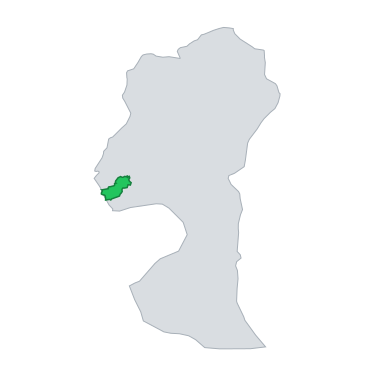 location of Alojas within Latvia, rotated 265°
{"feature_id": "LVA-5755", "entity_name": "Alojas", "entity_type": "Municipality", "adm_level": 1, "iso_a3": "LVA", "parent_name": "Latvia", "parent_adm1": "", "projection": "albers", "projection_center": [24.909, 57.802], "detail": "fine", "context": "in_parent", "style": "filled", "palette": "green", "viewbox_px": 384, "rotation_deg": 265, "n_neighbors": 0, "source": "natural_earth", "source_scale": "10m", "svg_char_len": 2802}
<svg xmlns="http://www.w3.org/2000/svg" viewBox="0 0 384 384"><g transform="rotate(265 192 192)"><path d="M282.2,288.3L279.9,287.9L273.4,285.5L267.9,281.9L264.5,277.0L258.8,270.2L255.0,266.8L249.2,262.5L239.5,253.7L235.9,251.7L218.9,247.9L212.7,246.2L207.0,236.1L205.2,230.2L202.4,229.2L199.4,230.4L196.1,231.6L188.4,238.4L185.9,239.4L181.2,239.4L170.1,240.8L165.1,238.3L156.4,235.4L151.6,234.9L147.4,234.9L128.8,231.8L125.3,234.6L121.9,235.1L118.7,230.4L114.6,229.0L109.9,230.4L101.6,230.3L91.8,228.5L79.3,226.9L77.4,227.3L63.1,232.7L59.6,233.5L43.9,242.9L31.3,251.8L30.8,236.5L33.3,206.1L35.9,191.1L44.6,182.7L49.1,176.1L51.9,167.1L53.1,158.7L55.1,151.8L67.8,132.3L77.1,130.5L89.8,125.5L103.9,121.4L106.4,127.4L107.7,131.9L124.0,148.8L128.2,154.5L134.3,173.5L149.9,183.5L162.5,180.6L167.9,176.1L178.0,167.6L182.5,161.4L183.4,155.3L181.9,129.4L179.3,118.2L180.3,111.2L182.0,111.6L186.2,108.3L199.8,102.1L202.5,101.8L205.6,100.5L214.1,95.7L216.9,98.3L219.2,101.1L220.4,101.1L221.0,100.1L220.8,98.2L221.4,96.9L223.9,97.6L233.9,105.4L237.7,107.1L240.3,107.6L243.5,111.2L252.0,113.6L253.1,115.4L253.7,117.8L261.9,127.6L265.6,132.5L272.8,136.9L275.9,137.9L288.2,132.9L291.6,131.2L294.5,131.1L297.4,133.5L304.2,136.5L310.3,137.3L311.4,137.1L316.5,137.2L318.3,138.4L319.8,144.7L325.8,149.5L331.4,153.4L332.8,155.2L333.4,158.9L333.3,163.2L332.7,165.4L330.5,168.1L328.8,174.7L328.8,180.9L326.1,191.7L326.8,191.8L333.3,189.6L335.3,190.7L336.8,193.0L337.6,199.6L339.9,202.6L342.3,207.2L343.2,210.8L347.7,215.0L348.1,217.8L351.2,227.6L352.5,233.3L353.2,237.8L352.2,243.5L351.2,247.4L349.8,247.2L346.0,248.4L340.1,253.3L331.5,264.5L329.2,267.0L327.2,275.4L326.6,276.2L321.3,276.1L319.8,275.9L314.5,276.3L302.7,274.5L298.3,276.1L292.6,284.6L290.3,285.9L283.4,287.3L282.2,288.3Z" fill="#d9dde1" stroke="#a8b0b8" stroke-width="1"/><path d="M201.5,102.8L202.0,102.3L202.0,102.5L202.6,108.9L203.5,108.9L203.9,109.1L204.3,109.5L204.4,109.8L204.4,110.3L204.4,111.2L204.6,112.3L204.8,113.5L204.9,114.5L205.1,115.0L205.5,115.4L206.2,115.6L206.5,115.6L206.9,115.5L207.1,115.6L207.4,117.0L207.9,116.4L209.7,116.9L210.1,117.3L212.7,119.7L213.0,120.7L213.6,122.2L213.3,122.6L213.2,122.9L212.9,123.4L212.7,123.9L212.7,124.6L212.9,125.3L213.4,126.0L213.1,127.1L213.5,128.9L212.3,128.7L212.1,128.9L212.1,129.3L212.7,130.0L213.0,130.4L213.1,130.8L212.3,131.0L212.1,131.2L211.2,131.1L210.8,130.7L210.6,130.4L210.4,130.2L210.2,130.1L209.7,130.3L209.4,130.3L209.0,130.2L207.9,130.9L206.6,132.2L204.3,131.2L204.8,128.9L202.1,127.8L201.8,125.1L202.0,123.5L200.7,122.4L198.5,122.5L196.8,121.1L196.1,120.2L194.3,119.4L192.1,111.3L191.1,110.4L191.8,109.4L191.7,107.2L191.5,105.2L193.3,105.4L195.9,105.1L196.5,104.6L197.3,102.3L198.0,101.5L199.3,101.8L200.4,102.6L201.5,102.8Z" fill="#22c55e" stroke="#15803d" stroke-width="1.5"/></g></svg>